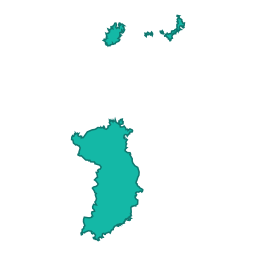 Sao Joao Baptista, Brava, Cabo Verde
{"feature_id": "66160863B96352926706883", "entity_name": "Sao Joao Baptista", "entity_type": "district", "adm_level": 2, "iso_a3": "CPV", "parent_name": "Cabo Verde", "parent_adm1": "Brava", "projection": "orthographic", "projection_center": [-24.678, 14.893], "detail": "fine", "context": "isolated", "style": "filled", "palette": "teal", "viewbox_px": 256, "rotation_deg": 0, "n_neighbors": 0, "source": "geoboundaries", "source_scale": "gbopen_adm2", "svg_char_len": 5782}
<svg xmlns="http://www.w3.org/2000/svg" viewBox="0 0 256 256"><path d="M81.4,234.8L82.3,234.4L82.0,232.6L84.6,232.8L84.9,232.2L88.5,230.7L91.5,231.3L91.9,231.7L91.4,232.5L91.8,233.4L92.7,233.9L93.8,233.0L95.5,235.1L94.8,237.3L93.3,237.5L93.5,238.3L93.9,238.8L95.4,238.7L95.4,239.4L96.7,239.4L98.2,240.6L99.3,240.0L98.3,238.5L98.5,237.8L99.3,237.8L100.0,236.9L101.5,237.8L101.5,237.1L103.1,237.2L102.1,235.6L102.6,233.7L103.8,233.4L104.4,234.3L105.2,234.4L105.8,233.3L109.1,232.1L110.2,233.1L111.4,230.1L113.2,229.6L113.2,228.4L113.8,227.5L114.4,227.8L114.0,227.3L114.3,226.5L116.7,225.2L117.3,225.3L117.3,226.0L118.4,226.2L118.2,225.6L118.7,225.4L118.3,225.0L119.7,225.2L119.2,224.7L119.8,224.8L119.6,224.0L120.8,224.2L120.1,223.5L121.0,224.0L124.3,223.0L123.9,222.1L125.0,221.1L125.1,219.7L125.6,219.2L126.0,219.8L126.4,219.8L126.0,219.0L127.9,218.3L128.5,218.9L128.0,220.2L129.0,220.4L129.0,219.9L130.1,220.1L130.5,218.5L131.1,218.3L129.0,217.1L131.3,215.8L130.6,215.1L131.1,214.6L130.6,213.5L131.0,213.4L131.2,212.1L130.9,207.5L132.1,206.2L132.5,206.5L133.9,205.7L135.6,205.9L135.5,205.5L137.6,204.0L137.8,200.1L136.3,199.3L135.1,197.5L135.3,195.8L136.3,195.8L136.6,194.6L135.6,193.3L135.7,192.8L137.1,191.9L138.7,192.1L140.2,191.1L141.0,191.2L141.7,192.0L142.4,191.5L142.5,190.2L142.2,190.2L142.8,190.0L142.7,189.5L139.4,187.6L139.3,187.0L137.9,186.1L137.0,184.5L137.2,184.0L136.0,182.9L136.4,181.1L137.1,181.1L136.7,180.9L137.8,177.3L138.9,175.2L139.1,172.0L137.7,167.4L134.9,165.8L132.9,163.1L132.2,161.1L132.2,158.7L129.8,154.5L130.6,154.1L130.0,152.7L127.4,152.6L125.1,150.8L125.2,149.3L126.7,147.8L126.1,147.8L125.9,146.4L126.1,144.8L126.7,143.9L125.8,142.7L126.3,141.0L127.3,139.8L126.2,138.9L125.4,139.1L124.1,138.3L123.9,137.7L124.6,137.3L123.9,137.1L124.2,135.3L125.3,134.5L126.8,134.8L127.3,136.1L128.6,134.2L129.7,133.7L129.4,133.1L129.8,132.2L132.2,131.9L132.6,130.8L132.3,130.0L129.9,128.9L128.0,130.5L127.9,129.5L127.3,129.2L126.0,129.6L125.7,128.2L124.1,126.0L123.0,126.9L120.4,127.0L119.8,124.2L121.0,124.4L123.0,123.8L123.1,122.1L122.7,122.4L122.1,120.7L122.3,119.1L120.4,119.6L119.5,121.5L119.0,121.2L118.7,124.0L116.1,122.3L115.2,119.6L114.9,121.1L113.6,121.2L113.2,120.4L112.9,121.8L112.0,120.6L111.1,121.1L110.8,120.1L110.3,120.8L109.5,120.1L109.7,122.0L109.3,122.7L110.5,124.5L109.9,125.4L108.0,126.1L108.1,127.6L106.3,129.3L104.5,128.6L104.6,127.5L104.0,126.5L103.4,127.6L103.2,127.1L103.0,127.6L101.4,127.8L100.9,127.2L100.8,127.8L97.9,127.5L95.3,129.3L92.0,129.9L87.3,131.9L83.3,137.6L82.4,137.7L81.9,137.1L81.5,137.5L81.6,136.3L80.9,136.1L80.9,136.8L78.4,136.1L77.9,135.2L78.7,133.6L77.8,134.0L77.4,133.2L75.8,133.7L75.4,133.1L75.4,134.1L74.6,133.9L73.8,136.2L73.2,136.4L72.6,135.7L71.8,137.1L71.6,139.6L72.9,140.1L73.5,143.1L75.8,145.0L76.6,144.6L78.6,145.9L79.1,145.8L80.2,148.0L78.9,152.5L79.2,153.4L78.0,154.2L78.0,155.0L80.1,156.0L81.3,155.7L85.7,160.0L88.0,160.1L88.9,160.9L89.8,160.3L90.7,161.8L94.4,162.0L95.0,162.9L94.9,163.7L99.7,165.1L101.2,167.1L100.2,169.1L98.8,169.3L97.7,170.3L98.3,171.6L98.0,172.2L96.2,172.4L97.2,174.8L97.5,177.5L96.6,177.7L94.5,179.9L96.0,181.0L97.5,183.0L98.1,183.9L97.6,185.1L96.3,186.3L93.4,187.1L92.4,188.1L94.3,190.9L94.9,192.8L96.3,193.5L95.3,194.8L96.5,198.5L96.0,200.6L94.9,202.0L96.4,204.9L93.7,204.3L92.6,206.8L92.8,208.4L94.0,209.5L94.6,211.2L91.9,211.9L91.6,213.4L92.7,216.0L91.8,216.4L91.7,217.3L89.2,217.9L84.3,217.2L83.6,219.3L83.5,221.9L84.9,225.8L83.9,226.7L83.7,228.6L82.2,229.4L82.2,231.6L81.0,233.1L81.4,234.8ZM119.8,23.0L119.1,23.2L118.6,25.1L119.3,25.9L119.2,28.1L118.0,27.3L116.7,28.4L115.8,27.2L116.5,24.8L115.9,23.1L114.9,23.2L113.7,25.7L111.8,26.6L111.5,27.8L111.1,27.5L111.3,28.4L112.7,28.1L112.8,28.7L112.3,28.4L110.5,29.1L110.0,29.9L108.0,29.0L108.4,30.1L109.1,30.2L108.9,30.9L109.6,31.8L108.4,33.3L107.1,33.3L106.6,33.9L106.0,33.5L106.9,36.6L106.4,36.9L106.3,37.8L106.9,38.1L106.3,38.3L105.8,39.6L104.4,39.2L104.4,39.6L103.3,40.4L105.2,41.4L105.6,42.8L106.7,43.0L106.8,43.8L105.7,44.1L106.3,45.0L107.1,44.5L107.9,45.8L108.1,45.4L110.0,45.7L110.4,44.8L112.8,44.2L112.7,43.2L113.5,44.2L114.8,43.6L114.7,44.2L116.0,42.3L118.6,41.3L119.6,40.2L119.8,39.3L118.0,38.5L119.7,36.9L119.0,36.3L120.4,36.6L120.8,35.8L119.8,35.2L120.1,34.5L120.6,34.6L119.8,33.8L119.8,32.6L120.5,32.3L122.0,32.9L121.8,30.2L123.4,32.2L124.6,29.9L123.6,29.5L124.1,28.6L123.8,27.3L122.8,26.6L123.0,26.1L123.4,26.4L123.5,25.6L124.2,25.6L122.0,24.0L120.4,25.1L120.4,23.7L119.8,23.0ZM179.1,15.8L177.2,15.4L176.9,16.1L178.0,16.7L178.4,18.0L177.2,19.3L177.9,21.3L177.1,21.6L177.3,22.1L177.9,22.1L178.3,23.6L177.0,24.3L176.9,26.4L177.4,27.2L176.8,28.1L176.9,28.8L175.0,29.6L174.4,30.6L171.6,31.1L171.4,32.7L170.5,33.8L169.6,33.6L168.3,34.3L167.2,33.2L166.5,34.4L165.6,34.3L164.6,35.8L164.7,36.2L166.2,36.0L166.7,36.7L166.8,36.2L167.1,37.3L168.7,38.3L168.5,39.0L169.2,39.2L170.0,40.8L170.7,40.5L171.1,38.7L172.4,38.2L171.8,36.3L172.5,35.0L172.3,34.5L173.1,34.4L172.9,33.9L173.9,33.1L174.8,33.8L175.0,33.4L175.7,33.5L175.5,32.1L176.2,32.2L177.1,31.3L176.7,30.0L177.6,30.0L178.2,31.3L178.3,30.8L179.0,30.6L178.8,30.3L179.4,30.5L179.7,29.7L181.1,29.5L179.3,28.3L179.7,26.3L180.9,25.7L182.5,27.0L182.5,27.5L183.6,27.8L183.9,27.4L183.3,27.2L183.6,26.5L183.1,25.9L184.1,25.6L184.4,23.0L182.8,23.3L182.3,21.7L181.6,21.4L181.9,20.0L180.8,18.9L179.5,18.6L179.1,17.8L179.4,17.2L178.7,16.0L179.1,15.8ZM147.7,32.2L146.7,33.6L145.0,33.3L145.3,34.3L144.9,35.4L146.2,36.5L146.3,35.3L146.9,34.8L148.7,34.7L149.8,33.5L147.7,32.2ZM163.3,32.1L162.3,30.7L162.0,31.3L160.6,31.2L161.1,32.2L160.5,32.2L161.3,33.4L162.4,32.8L163.1,34.0L163.7,33.6L163.0,32.9L163.3,32.1ZM152.4,33.2L151.6,32.0L150.0,34.1L150.6,34.2L150.6,35.0L151.7,34.7L152.2,35.6L152.6,34.4L152.5,33.6L152.0,33.7L152.4,33.2Z" fill="#14b8a6" stroke="#0f766e" stroke-width="1.5"/></svg>